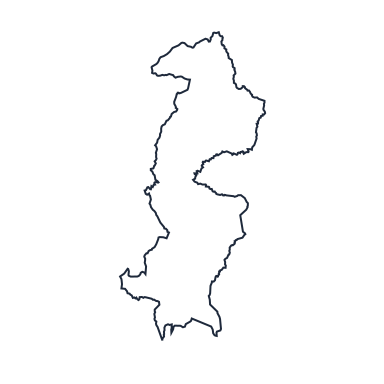 the district of Xayacatlán de Bravo, Puebla, Mexico, rotated 340°
{"feature_id": "50627088B60270238700137", "entity_name": "Xayacatlán de Bravo", "entity_type": "district", "adm_level": 2, "iso_a3": "MEX", "parent_name": "Mexico", "parent_adm1": "Puebla", "projection": "natural_earth1", "projection_center": [-97.941, 18.276], "detail": "fine", "context": "isolated", "style": "outline", "palette": "slate", "viewbox_px": 384, "rotation_deg": 340, "n_neighbors": 0, "source": "geoboundaries", "source_scale": "gbopen_adm2", "svg_char_len": 6060}
<svg xmlns="http://www.w3.org/2000/svg" viewBox="0 0 384 384"><g transform="rotate(340 192 192)"><path d="M263.9,170.6L266.7,169.1L271.0,163.8L271.3,162.0L272.4,160.9L272.8,158.9L272.5,157.8L274.6,153.8L275.8,153.0L276.1,150.0L277.4,150.3L277.8,149.6L277.8,148.2L279.0,147.7L280.5,145.6L282.0,145.6L282.9,144.2L284.5,144.5L285.0,143.3L286.3,143.8L287.7,142.9L287.9,141.4L287.3,139.1L287.5,138.2L289.4,135.3L289.7,133.8L290.7,132.8L291.3,131.1L286.5,127.3L285.5,125.4L283.1,124.7L281.6,123.3L281.3,121.8L281.7,121.2L280.8,119.6L280.7,117.6L280.2,116.1L278.9,115.7L278.9,114.9L277.4,112.7L277.6,111.6L277.0,110.3L275.9,109.9L275.6,110.8L273.0,111.7L271.2,111.2L269.9,109.6L269.6,108.7L270.1,106.1L269.9,105.1L268.7,103.8L269.5,101.5L269.5,99.8L270.7,98.1L271.0,96.7L273.3,95.6L273.7,93.7L273.6,91.6L274.1,91.2L274.4,90.1L273.3,88.8L273.2,87.9L274.0,86.3L273.9,84.2L274.6,81.6L272.3,78.7L272.7,77.4L272.7,75.7L273.3,74.5L272.4,72.0L272.4,71.0L273.0,69.8L271.6,68.1L272.3,66.5L271.7,64.7L270.8,64.6L270.5,63.3L271.1,60.6L272.5,59.7L273.1,58.2L273.7,57.7L273.6,56.0L272.5,55.6L271.6,54.4L271.8,51.0L269.2,51.0L267.3,49.8L266.4,49.8L264.5,52.5L262.3,53.4L261.8,55.0L260.3,56.7L259.2,56.4L258.9,54.0L257.1,52.6L251.0,53.3L249.8,53.8L246.7,53.8L242.8,56.7L241.7,56.5L240.7,55.2L237.8,53.4L235.9,49.5L234.1,48.4L233.0,48.3L229.5,49.6L223.0,50.0L219.2,52.5L215.7,53.9L212.0,54.6L208.6,54.6L207.0,55.6L205.2,57.8L203.6,59.0L202.2,59.6L197.5,60.4L196.7,60.9L196.3,64.5L195.2,66.4L196.3,67.5L198.0,67.8L198.6,68.5L199.0,70.5L199.8,71.2L201.9,71.8L204.2,71.8L205.7,72.8L207.4,73.0L208.1,73.5L210.9,73.3L214.3,75.8L214.5,77.1L215.6,78.9L218.0,78.9L221.0,79.6L222.0,80.3L223.8,82.8L226.2,84.7L228.5,85.7L223.8,93.2L222.7,94.4L215.6,95.1L214.0,95.0L213.3,94.1L212.5,93.8L211.9,94.7L211.2,94.7L209.5,97.3L206.1,101.2L205.5,103.1L205.9,105.5L205.9,106.9L205.5,107.4L206.6,109.0L206.1,109.8L204.6,110.9L202.5,110.7L199.6,111.7L198.0,113.9L197.2,113.9L196.4,114.9L193.7,116.4L192.4,116.3L189.6,119.1L187.6,119.2L185.9,120.0L184.7,121.9L183.7,124.8L181.7,126.7L181.4,127.9L180.0,129.8L177.6,131.2L176.1,133.7L173.3,135.5L173.9,136.7L173.8,139.8L171.4,142.9L171.4,144.0L170.2,146.9L170.1,148.6L168.9,149.7L167.4,150.4L167.8,152.7L166.0,154.4L165.5,154.4L164.0,156.4L163.5,156.6L161.2,156.2L160.7,157.5L161.7,159.2L161.8,162.1L162.6,163.5L161.8,168.0L163.3,170.0L163.8,171.5L163.3,171.6L161.5,170.3L160.2,170.2L159.6,170.7L159.8,172.4L158.4,172.2L156.8,173.9L155.9,172.6L154.3,175.4L153.7,175.1L152.6,172.4L151.7,172.3L149.4,174.5L148.0,174.4L147.9,177.9L148.9,179.2L151.1,178.7L150.9,180.7L151.3,181.2L150.8,185.0L148.1,188.4L148.5,189.7L148.3,192.3L149.1,195.3L150.1,196.9L150.8,199.1L150.6,201.6L151.1,202.8L151.8,209.9L153.7,215.3L153.5,216.8L154.9,217.6L155.7,219.4L155.3,221.0L156.5,222.2L152.3,226.8L149.5,224.7L146.2,223.3L145.0,223.3L144.1,224.8L140.5,228.9L138.0,231.0L135.0,231.7L134.5,232.5L132.6,232.3L131.1,232.6L129.3,234.4L128.2,234.0L125.9,235.3L125.0,236.5L125.2,238.6L124.6,240.1L123.4,242.3L123.4,246.2L120.2,253.2L119.6,251.3L118.0,250.0L116.2,250.4L115.1,251.8L113.2,252.7L111.6,252.7L105.4,250.5L104.0,249.1L103.9,248.3L105.6,244.8L105.7,242.5L105.3,242.1L100.4,245.5L95.5,246.8L95.9,249.6L95.7,250.7L94.7,254.7L92.7,258.5L96.0,260.1L97.0,263.1L96.8,265.1L98.6,266.2L98.9,267.3L100.0,268.6L100.2,271.3L101.8,271.4L102.4,272.6L103.6,272.2L103.8,273.6L104.7,275.2L105.7,274.9L106.9,272.9L109.0,273.5L110.1,274.8L111.3,274.5L112.2,274.9L117.6,278.5L118.5,280.0L119.5,280.1L121.1,282.2L122.3,282.7L123.4,283.9L122.8,286.8L116.8,289.7L116.2,291.2L116.3,292.3L114.9,293.7L114.3,297.2L113.3,298.4L113.2,300.0L114.2,301.5L113.1,303.5L113.0,305.1L113.5,307.0L113.4,321.4L114.2,318.9L115.0,319.1L116.3,318.2L116.7,316.4L117.2,316.0L117.9,313.6L118.9,312.5L119.7,310.0L121.4,308.3L124.2,308.1L125.5,309.3L127.7,309.5L127.1,311.2L126.7,311.6L126.6,312.5L125.4,314.3L124.5,317.2L127.3,314.6L128.5,312.4L130.1,311.7L135.5,313.8L137.2,316.0L139.3,316.1L141.0,314.0L145.8,313.2L147.1,312.7L148.5,310.8L164.0,325.0L164.4,328.4L163.6,332.0L164.2,334.3L164.9,335.0L166.0,335.7L166.9,332.6L167.7,331.7L171.3,331.8L172.4,330.6L174.9,321.0L175.1,318.8L174.5,314.6L174.9,313.1L170.5,303.9L171.9,299.2L172.2,295.4L173.4,294.8L174.4,293.4L177.3,286.5L179.6,284.0L180.1,282.9L181.7,283.6L183.4,282.8L185.1,279.9L186.0,279.2L186.5,279.3L187.0,280.3L187.5,280.3L188.0,279.4L189.3,278.7L189.3,277.7L189.9,277.3L190.3,276.0L191.1,276.2L191.6,275.3L193.3,275.3L195.6,273.8L197.6,274.7L198.6,272.6L198.3,271.3L199.2,269.2L199.3,266.9L200.5,266.2L202.5,265.9L203.9,264.3L205.0,263.7L205.0,263.3L205.9,263.1L206.8,261.9L206.9,260.1L207.7,259.2L208.4,257.1L210.5,255.7L211.7,255.6L212.1,256.0L214.2,255.3L214.8,254.6L214.6,254.2L215.3,253.5L215.3,252.8L216.0,252.8L216.6,252.2L217.6,252.4L218.5,251.8L223.8,252.2L226.6,250.2L227.7,249.9L227.7,249.1L226.3,246.7L229.4,230.3L236.9,227.2L239.0,225.3L239.1,224.5L239.7,224.1L240.6,221.9L240.6,221.2L240.0,220.1L239.5,215.8L236.9,211.7L234.2,210.8L233.1,211.2L230.5,211.1L229.7,210.2L222.9,206.8L222.5,206.3L221.5,205.8L221.1,206.2L220.1,205.9L219.4,204.4L217.4,204.4L214.9,202.8L214.2,202.1L214.3,201.3L213.7,200.3L213.5,199.3L212.1,199.0L211.6,198.2L211.6,195.9L210.4,195.6L209.6,194.7L209.8,193.2L209.5,192.8L206.9,191.6L207.6,190.3L207.4,189.6L204.4,188.6L202.7,187.0L200.4,186.7L200.2,185.1L198.0,183.2L197.2,180.9L199.5,180.5L200.2,179.1L201.9,177.6L200.7,176.2L200.7,175.3L203.4,176.3L203.5,174.0L204.4,173.9L206.7,175.9L209.0,173.1L210.8,172.6L210.1,170.7L210.7,170.1L212.2,169.7L212.2,167.7L212.7,167.3L214.4,168.2L215.3,167.4L216.0,167.2L218.4,168.9L219.8,167.3L220.8,167.8L222.0,166.8L223.7,167.5L224.7,165.8L226.8,166.0L227.6,165.0L228.4,165.1L229.0,166.4L233.3,165.4L234.4,164.3L235.7,165.6L238.6,165.7L242.5,169.5L242.6,170.9L243.4,170.7L243.5,170.0L244.3,169.9L246.9,172.4L247.6,172.2L248.5,170.9L249.3,170.9L250.5,172.0L251.3,171.0L252.5,171.3L253.3,171.0L254.1,171.7L253.6,173.1L253.7,173.8L256.6,173.1L258.6,173.8L259.0,173.4L259.0,170.7L261.6,171.8L262.7,172.8L263.9,170.6Z" fill="none" stroke="#1e293b" stroke-width="2"/></g></svg>